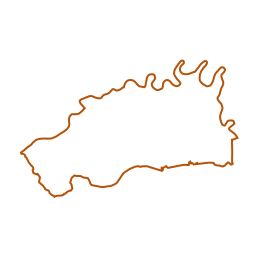 outline of Augustin, Brasov, Romania, rotated 356°
{"feature_id": "2599482B66290363520507", "entity_name": "Augustin", "entity_type": "district", "adm_level": 2, "iso_a3": "ROU", "parent_name": "Romania", "parent_adm1": "Brasov", "projection": "equal_earth", "projection_center": [25.536, 46.037], "detail": "fine", "context": "isolated", "style": "outline", "palette": "amber", "viewbox_px": 256, "rotation_deg": 356, "n_neighbors": 0, "source": "geoboundaries", "source_scale": "gbopen_adm2", "svg_char_len": 5763}
<svg xmlns="http://www.w3.org/2000/svg" viewBox="0 0 256 256"><g transform="rotate(356 128 128)"><path d="M234.4,130.9L233.9,129.0L233.6,128.3L232.9,127.9L232.2,127.7L229.6,127.6L228.6,127.8L228.1,128.1L227.5,128.4L226.9,129.3L225.2,131.8L224.7,132.3L224.3,132.3L223.0,131.7L222.5,131.4L222.2,130.9L221.3,128.6L220.7,125.6L220.6,123.3L220.9,121.6L223.4,115.8L223.6,114.9L223.6,114.2L223.5,113.8L223.4,113.0L223.4,112.7L222.8,110.8L222.6,110.3L220.9,108.2L219.7,106.1L219.3,104.5L219.9,103.4L221.0,102.0L221.5,101.2L222.0,99.9L222.7,97.8L223.7,95.2L224.0,94.6L224.7,93.5L225.4,92.3L225.7,91.7L226.1,90.4L226.2,89.5L226.1,88.6L225.8,87.3L225.1,84.9L225.0,84.6L224.8,83.2L224.8,82.3L225.0,81.5L225.3,81.0L227.5,79.1L227.8,78.7L228.6,77.6L228.7,77.1L228.8,76.4L228.6,75.7L228.2,75.2L227.6,74.5L227.2,74.3L226.5,74.1L225.7,73.9L225.1,74.0L224.5,74.5L223.3,75.5L222.5,76.4L220.5,78.3L220.0,78.8L219.0,79.9L218.3,81.1L217.4,83.3L216.1,86.9L214.8,89.3L214.2,90.2L213.8,90.6L213.3,91.0L212.8,91.3L212.0,91.6L210.7,91.9L209.5,91.9L205.9,89.5L203.8,87.2L203.0,85.7L202.9,84.0L203.0,82.3L203.5,79.8L204.3,77.8L205.0,76.5L207.3,73.4L208.0,72.7L209.7,71.3L210.2,70.6L211.0,69.6L211.2,69.1L211.3,68.5L211.3,68.0L211.2,67.5L211.0,67.1L210.7,66.8L210.1,66.6L209.3,66.6L208.5,66.9L207.2,67.7L205.3,69.2L204.3,70.3L202.7,72.3L202.0,73.1L200.9,74.1L199.9,75.4L198.5,76.6L195.9,77.2L193.2,78.1L190.6,78.5L190.0,78.5L188.1,78.2L186.8,77.8L186.4,77.6L185.7,77.2L184.8,76.2L184.4,75.6L184.0,74.5L183.9,73.5L184.1,72.3L184.4,71.3L184.7,70.6L185.7,69.4L187.4,68.0L188.0,67.3L188.3,66.9L188.3,66.5L188.3,65.8L188.2,65.4L188.0,65.0L187.7,64.8L187.1,64.6L186.6,64.5L186.3,64.6L185.7,64.8L184.6,65.7L182.4,68.0L179.0,72.6L178.5,73.6L177.9,75.6L177.8,76.4L177.8,77.3L178.0,78.3L178.3,79.0L178.9,80.1L180.0,82.1L182.6,85.4L183.0,86.1L183.3,86.6L183.3,87.1L183.3,87.3L182.9,88.1L182.3,88.6L181.8,89.0L181.2,89.3L180.3,89.6L179.4,89.7L178.8,89.5L177.5,89.0L176.1,88.1L175.3,87.4L174.7,86.5L174.1,85.6L173.3,84.6L172.9,84.1L172.1,83.5L171.1,83.0L170.6,82.9L169.6,82.9L168.7,83.2L167.9,83.7L167.2,84.4L166.4,85.4L166.1,86.4L165.5,89.5L165.3,89.9L165.1,90.3L164.5,91.1L161.5,92.1L160.1,92.2L159.5,92.1L158.8,91.8L157.4,90.8L156.6,90.1L155.9,89.3L155.1,88.0L154.9,87.3L154.8,86.8L154.9,85.4L155.5,84.3L155.9,83.8L157.2,82.4L158.2,80.9L158.4,80.4L158.5,79.8L158.4,78.8L158.2,77.8L158.1,77.3L157.9,76.9L157.2,76.4L156.1,76.1L154.3,76.0L153.3,76.2L152.1,76.9L151.4,77.5L150.7,78.7L150.5,79.0L149.9,81.0L149.2,84.0L148.3,87.0L147.9,87.8L147.6,88.2L147.1,88.5L142.1,87.1L141.4,86.5L140.0,84.8L139.1,83.5L138.5,82.7L136.5,81.0L136.1,80.8L135.9,80.8L134.3,80.3L133.3,80.2L131.6,80.5L130.7,80.9L129.5,81.7L128.5,83.0L128.4,83.1L128.1,83.5L127.1,85.7L126.8,86.9L126.7,87.2L125.5,87.3L123.5,88.7L121.3,89.6L119.3,89.9L118.2,89.3L116.6,88.3L115.4,88.2L114.0,89.4L112.0,91.4L109.9,92.5L107.3,93.0L105.5,93.7L103.5,96.0L102.9,96.3L101.4,96.4L100.4,96.3L99.4,96.0L97.2,95.2L95.6,94.3L94.2,93.7L92.8,93.5L92.0,93.5L91.2,93.7L87.1,95.0L85.9,95.4L84.5,95.8L82.8,96.5L82.2,97.0L81.9,97.3L81.8,97.8L81.7,98.2L81.8,98.7L82.4,100.3L86.2,105.2L83.5,107.8L80.7,109.8L79.8,110.3L78.6,110.6L77.5,110.6L76.3,110.6L73.9,110.4L73.0,110.4L72.2,110.8L71.4,111.6L70.6,112.6L69.7,114.8L69.7,120.4L69.3,122.0L68.4,123.3L67.4,124.4L66.3,125.4L65.2,126.1L63.9,127.0L60.7,128.6L59.2,129.5L57.9,130.2L56.7,131.0L54.8,131.8L51.9,132.9L50.1,133.1L48.7,133.1L46.9,133.0L45.0,132.8L43.0,132.6L41.0,132.6L38.9,132.7L36.2,133.2L34.8,133.9L32.6,135.5L31.5,136.5L30.4,137.8L28.6,138.9L26.9,139.8L24.9,141.3L22.8,143.0L19.5,145.0L19.7,146.0L20.1,146.3L21.2,146.4L22.3,146.9L23.4,147.9L23.6,148.6L23.4,149.3L23.9,149.9L24.7,150.6L25.3,152.0L26.6,155.3L27.3,156.4L28.0,157.2L28.4,158.2L28.8,158.5L30.4,160.4L30.8,162.4L29.9,163.3L30.3,165.9L30.8,166.4L32.1,167.2L33.6,167.8L34.0,167.5L34.5,167.4L35.1,168.2L35.3,168.9L36.3,170.1L36.7,171.2L36.2,173.3L35.5,175.2L35.6,175.9L36.4,176.8L36.7,177.3L37.3,177.8L39.4,179.7L39.8,180.6L40.5,181.7L41.0,182.6L41.1,183.3L41.9,183.7L42.5,184.1L43.6,184.5L44.4,185.0L44.8,185.6L45.3,187.4L45.8,188.0L46.5,188.8L48.4,190.1L49.9,191.5L50.2,191.0L51.4,190.9L52.4,190.7L53.8,190.6L54.9,190.7L57.3,190.7L58.4,190.2L59.0,190.2L59.7,189.1L60.4,189.1L61.3,188.9L61.9,188.2L63.0,187.4L65.4,186.5L66.4,186.6L68.3,184.6L67.6,180.2L66.5,178.5L68.3,173.9L71.2,171.6L72.5,172.1L74.3,172.4L76.6,172.5L77.9,172.9L79.0,173.7L80.4,174.4L81.8,174.6L83.3,174.9L84.4,175.2L85.0,176.3L86.1,178.8L86.5,180.8L87.5,182.2L89.3,182.9L93.4,183.9L95.5,184.6L99.2,185.2L100.6,185.1L104.1,184.7L105.9,184.7L107.8,184.3L110.1,183.5L112.2,182.5L113.3,181.6L117.4,176.5L118.9,174.4L119.8,173.3L120.9,172.3L127.1,168.9L132.6,167.0L135.9,166.8L136.1,167.0L136.8,167.4L137.7,167.6L138.4,167.6L139.2,167.2L143.8,167.4L144.9,167.7L158.8,173.1L159.1,172.4L159.4,172.2L159.8,172.2L159.9,171.8L158.7,171.0L158.7,170.5L158.8,170.0L159.5,170.2L160.0,170.0L160.3,170.2L160.6,170.2L162.7,169.0L163.4,168.8L163.7,168.8L164.2,170.0L164.7,170.4L165.7,170.5L166.6,170.5L168.6,170.1L170.8,169.9L173.4,169.5L181.5,168.6L185.6,169.2L186.1,169.1L186.2,168.3L186.6,167.9L186.5,166.6L187.6,165.8L188.6,167.8L189.4,167.4L190.4,168.1L190.9,168.9L194.3,168.7L193.8,167.9L194.5,167.6L195.2,168.7L206.6,168.2L211.0,168.8L211.8,170.6L214.1,171.5L215.8,171.7L216.3,171.7L217.9,172.5L219.9,173.0L220.8,172.6L221.9,172.4L222.4,171.8L225.1,169.4L225.9,169.4L227.1,170.6L228.1,171.6L229.1,171.6L229.8,171.0L230.0,170.7L229.5,170.1L229.6,167.8L229.7,165.7L230.1,161.9L230.4,156.9L230.6,153.3L230.6,150.5L230.9,148.5L230.9,146.9L232.5,146.8L235.9,145.6L236.5,145.5L236.1,144.7L235.3,143.2L234.3,141.6L231.8,139.2L229.8,137.6L229.1,136.8L228.8,136.2L228.7,135.7L228.9,135.2L229.7,134.5L231.4,133.2L233.2,132.1L234.4,130.9Z" fill="none" stroke="#b45309" stroke-width="2"/></g></svg>